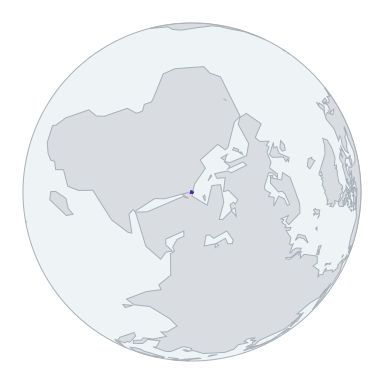 Al Isma`iliyah on an orthographic globe, rotated 103°
{"feature_id": "EGY-1531", "entity_name": "Al Isma`iliyah", "entity_type": "Governorate", "adm_level": 1, "iso_a3": "EGY", "parent_name": "Egypt", "parent_adm1": "", "projection": "orthographic", "projection_center": [32.173, 30.661], "detail": "fine", "context": "on_globe", "style": "filled", "palette": "violet", "viewbox_px": 384, "rotation_deg": 103, "n_neighbors": 0, "source": "natural_earth", "source_scale": "10m", "svg_char_len": 10427}
<svg xmlns="http://www.w3.org/2000/svg" viewBox="0 0 384 384"><g transform="rotate(103 192 192)"><circle cx="192" cy="192" r="169" fill="#eef3f6" stroke="#a8b0b8"/><path d="M175.5,23.9L191.0,23.1L197.4,23.1L197.8,23.1L196.0,23.2L201.4,23.3L209.4,23.9L213.5,24.4L213.4,24.5L217.0,25.0L216.3,25.2L208.7,24.5L208.1,24.7L213.5,25.4L216.1,26.3L208.4,25.2L212.2,26.8L200.2,27.1L180.1,26.0L173.0,27.9L151.2,32.1L152.7,32.5L145.5,35.0L144.6,36.5L140.8,37.3L143.4,38.0L147.1,37.0L149.4,37.1L149.3,38.1L144.4,39.1L143.7,38.7L142.2,39.6L139.8,39.7L140.9,40.2L135.0,41.6L140.5,41.8L135.6,44.2L131.8,44.7L132.6,42.6L125.9,40.1L122.3,40.8L116.3,43.5L104.1,52.4L99.9,54.3L93.9,58.4L96.0,58.0L101.4,54.8L103.8,55.5L110.1,51.9L112.0,51.9L118.4,49.4L116.9,52.2L112.0,56.3L106.6,58.6L104.3,60.7L109.0,60.7L98.6,67.7L91.0,77.4L88.4,79.2L84.0,78.1L85.1,72.1L79.5,72.5L82.5,74.8L75.9,80.1L74.6,82.3L74.6,83.8L76.9,82.9L74.5,85.5L70.6,83.7L72.7,81.3L73.9,81.7L74.4,79.1L71.7,78.8L68.5,81.9L67.8,79.3L65.5,81.7L64.1,82.8L67.8,79.0L61.2,85.9L60.0,86.5L68.0,77.2L76.7,68.5L85.9,60.5L95.7,53.1L106.1,46.5L116.8,40.7L128.0,35.6L139.5,31.4L151.3,28.0L163.3,25.5L175.5,23.9ZM27.0,155.6L26.4,159.0L26.1,160.1L24.0,177.9L24.6,191.1L24.7,199.4L24.3,202.1L25.2,206.4L25.3,209.0L31.4,225.7L36.7,238.8L38.0,247.6L36.5,252.4L42.0,269.5L41.5,268.7L36.1,257.0L31.5,244.9L28.0,232.5L25.3,219.8L23.7,207.0L23.1,194.1L23.4,181.2L24.7,168.3L27.0,155.6ZM217.7,25.1L218.8,25.3L220.2,25.5L217.7,25.1ZM118.8,48.2L118.6,48.8L117.5,48.9L118.8,48.2ZM121.7,46.6L120.6,46.3L121.9,45.6L122.5,45.8L121.7,46.6ZM220.4,26.2L222.2,26.8L219.0,26.0L220.4,26.2ZM122.8,47.2L124.2,44.3L126.4,43.0L130.7,42.8L122.8,47.2ZM222.5,27.1L227.1,29.2L230.1,29.5L224.3,30.2L222.3,27.9L217.8,26.7L221.4,27.3L222.5,27.1ZM148.3,36.3L144.4,37.4L147.8,35.7L148.3,36.3ZM149.9,35.3L157.0,30.8L162.6,30.0L159.1,31.5L166.6,30.2L165.8,31.9L161.6,33.1L158.1,33.2L160.5,33.9L149.9,35.3ZM220.4,30.5L220.4,31.0L218.9,30.3L220.4,30.5ZM150.6,37.0L151.5,36.0L156.5,35.3L155.6,37.1L154.3,36.7L150.6,37.0ZM168.9,29.1L172.4,29.0L172.8,30.4L174.2,30.6L166.3,32.0L168.9,29.1ZM153.1,37.4L155.0,38.1L152.5,39.5L150.1,38.0L153.1,37.4ZM158.2,34.3L160.5,34.1L158.9,34.8L158.2,34.3ZM144.7,45.1L145.7,43.6L148.3,43.1L144.7,45.1ZM155.8,38.3L156.7,37.9L157.9,37.6L158.6,38.3L155.8,38.3ZM167.1,33.0L166.5,33.7L170.4,32.5L170.8,33.7L165.5,34.5L168.0,34.6L168.1,35.0L163.6,35.3L167.1,33.0ZM162.8,38.3L156.1,40.1L153.7,42.7L151.3,43.3L155.6,38.9L162.8,38.3ZM163.7,36.4L162.6,37.6L160.1,37.5L159.3,36.7L163.7,36.4ZM173.0,34.3L173.7,32.2L174.9,32.2L173.0,34.3ZM162.6,39.0L164.2,38.6L162.7,39.2L162.6,39.0ZM170.4,35.7L170.5,34.9L171.8,34.9L170.4,35.7ZM167.3,38.5L165.2,39.0L164.6,38.4L167.3,38.5ZM169.1,37.2L170.9,37.4L165.6,37.8L168.9,36.9L169.1,37.2ZM171.6,35.8L172.4,35.5L171.4,36.1L171.6,35.8ZM170.9,40.9L164.4,41.7L163.1,40.1L169.5,39.6L170.9,40.9ZM75.7,236.3L67.2,208.8L72.1,201.3L73.4,190.1L107.4,162.1L114.1,166.4L140.2,167.0L143.4,169.0L139.8,177.7L159.0,191.2L165.8,184.3L183.8,191.3L196.0,191.1L201.4,174.2L181.3,174.1L178.4,165.8L194.9,158.7L212.6,159.3L212.0,156.1L201.3,149.3L205.9,143.3L197.7,146.5L200.7,149.7L195.6,152.0L192.6,149.2L194.3,147.1L189.1,145.6L182.2,156.9L184.5,161.4L170.6,162.9L173.1,170.7L169.1,174.1L163.5,162.2L164.4,158.0L153.5,144.8L151.3,149.2L161.4,162.2L158.1,161.0L155.1,167.8L154.7,161.6L144.3,147.0L132.0,147.7L115.6,162.3L108.6,162.0L103.2,156.8L110.0,140.0L124.8,142.6L127.5,137.4L125.2,128.4L129.9,130.2L130.8,127.1L136.5,127.9L145.2,121.7L151.1,121.9L155.2,112.8L158.8,111.9L155.3,117.4L156.0,121.6L170.7,122.7L173.8,121.0L175.3,115.2L179.1,116.5L178.7,110.8L187.5,109.1L176.4,106.6L177.9,100.5L183.6,96.2L182.1,93.9L172.9,101.0L171.0,104.4L172.5,107.8L165.6,117.5L160.4,118.7L160.1,107.4L152.7,108.1L155.7,99.7L178.9,84.6L188.2,82.1L202.0,90.4L199.4,94.1L193.2,92.8L198.3,99.4L198.2,96.2L201.4,97.6L203.6,92.6L206.0,93.4L204.1,87.6L207.2,88.0L208.4,91.6L214.4,85.4L221.1,85.2L221.3,83.5L219.7,81.7L229.4,83.1L229.1,81.8L225.8,80.7L223.1,77.6L222.2,72.9L225.6,73.6L226.4,75.4L233.2,80.6L234.8,85.8L236.1,85.6L235.5,81.4L227.2,74.9L225.7,71.9L230.0,74.4L228.3,73.2L228.6,72.0L232.1,71.6L227.5,68.7L226.3,55.6L232.9,54.0L236.9,57.4L239.6,50.6L246.9,50.3L243.9,49.2L243.1,45.9L240.8,45.9L239.3,45.1L236.3,37.8L238.3,37.0L233.6,33.5L232.0,33.1L230.3,33.4L224.3,30.2L230.1,29.5L233.3,30.3L234.7,29.7L241.9,32.1L248.6,34.1L255.7,37.7L260.3,39.4L260.3,39.0L266.6,41.3L279.5,48.2L269.0,44.2L249.6,36.3L257.5,39.4L255.7,39.3L258.5,41.0L264.1,43.4L264.8,43.2L273.7,52.2L287.1,62.2L286.2,58.8L289.7,59.7L304.2,70.5L321.3,92.9L326.2,96.2L329.3,100.0L331.0,104.6L326.7,99.1L324.8,99.3L322.1,95.8L323.5,102.0L319.6,97.4L322.6,104.9L325.9,107.5L326.1,103.4L330.4,112.5L335.8,116.0L340.9,123.9L346.8,144.4L346.2,154.8L347.1,157.9L344.5,157.1L344.6,165.6L352.2,176.9L353.2,181.6L351.7,195.2L351.1,191.9L344.3,189.8L345.6,201.8L350.8,206.2L352.7,215.3L349.8,215.5L347.6,207.8L345.1,206.8L344.0,196.7L338.5,184.5L335.4,190.7L333.9,184.8L325.9,176.4L320.5,185.0L313.0,207.5L314.9,222.9L311.1,231.8L299.3,214.1L294.1,200.1L289.8,203.4L277.8,194.0L256.9,199.1L253.9,195.6L250.0,198.4L241.5,195.9L237.0,189.9L231.9,191.2L243.8,207.0L249.4,205.6L254.0,197.8L256.3,203.7L264.5,207.4L255.3,224.7L224.3,242.6L221.4,231.2L198.4,199.6L199.1,195.8L199.1,195.3L198.8,194.6L196.6,200.8L192.6,194.4L204.8,217.2L206.8,226.9L223.9,243.4L222.3,245.4L227.8,248.4L245.6,241.4L245.7,245.3L237.2,264.1L212.6,289.1L216.0,302.9L214.4,314.3L199.2,322.2L200.8,329.9L193.1,332.7L192.7,336.8L186.7,340.9L176.4,344.2L158.7,342.8L157.3,339.5L148.1,331.6L135.2,311.0L139.5,302.2L137.8,294.2L125.0,273.9L127.8,263.8L124.4,258.5L117.4,258.2L113.5,251.9L109.3,250.7L83.4,246.6L75.7,236.3ZM95.2,179.0L94.1,182.2L94.1,182.3L95.2,179.0ZM231.2,168.6L241.9,167.9L237.2,157.8L241.0,156.8L238.0,154.0L236.9,157.1L229.7,149.1L234.4,145.4L233.2,141.0L229.5,141.1L222.1,149.3L232.3,160.5L229.8,165.2L231.2,168.6ZM26.4,159.2L25.9,161.9L26.1,160.4L26.4,159.2ZM33.9,132.7L33.0,135.5L33.4,133.9L33.9,132.7ZM35.6,128.2L34.6,130.7L34.8,130.2L35.6,128.2ZM76.2,80.2L76.4,80.5L75.9,82.3L75.0,82.2L76.2,80.2ZM80.4,87.1L76.4,91.2L78.6,88.0L76.6,88.4L78.8,82.6L87.2,79.9L83.0,82.0L80.4,87.1ZM84.0,74.6L81.7,78.2L83.9,74.4L84.0,74.6ZM130.2,110.6L131.9,113.1L129.3,116.3L121.9,117.2L125.5,112.4L130.2,110.6ZM134.8,115.9L136.6,105.2L141.3,104.6L138.4,106.6L141.3,107.3L137.4,110.9L140.1,121.3L138.0,124.9L125.4,123.9L130.7,122.1L128.7,119.6L134.8,115.9ZM133.0,82.8L133.8,79.3L142.9,82.4L141.1,85.4L133.5,86.2L131.3,83.1L133.0,82.8ZM130.2,47.9L129.9,47.1L131.2,46.7L132.6,47.1L130.2,47.9ZM144.9,44.5L132.7,51.3L131.8,50.6L125.8,56.0L121.0,56.4L125.1,52.8L116.9,57.5L118.6,54.4L113.3,57.9L122.9,49.8L124.2,47.6L124.6,49.8L128.9,49.4L131.2,48.6L138.5,44.7L143.4,40.3L148.5,39.5L150.8,40.2L150.4,41.1L147.2,41.2L149.0,42.5L144.1,43.4L144.9,44.5ZM174.9,54.4L171.4,53.1L174.1,57.7L169.2,57.8L169.8,58.3L166.1,59.8L162.6,62.7L160.4,62.4L160.0,63.7L157.5,64.8L156.2,66.6L151.9,66.7L149.9,68.9L149.0,67.8L146.8,71.7L146.5,68.9L143.2,70.4L145.2,72.3L125.3,70.9L117.1,73.1L110.4,76.7L110.9,72.0L117.4,65.9L126.6,60.3L134.4,59.1L133.2,57.4L136.6,56.4L136.1,58.2L138.9,55.0L141.5,54.7L149.7,51.0L152.0,47.1L155.1,45.8L155.5,47.2L158.3,45.1L161.2,47.0L163.5,46.2L168.6,47.6L168.2,51.1L170.7,50.0L174.8,51.2L174.9,54.4ZM172.2,41.4L172.8,45.0L170.4,47.1L162.4,44.0L160.0,44.4L154.8,42.9L158.4,40.1L159.5,40.7L161.5,40.7L159.6,41.6L162.5,40.9L164.2,41.9L167.0,41.7L166.4,42.9L172.2,41.4ZM147.4,166.1L149.9,166.8L154.0,166.9L152.2,171.4L147.4,166.1ZM140.1,156.2L142.4,155.9L141.9,161.9L139.3,161.3L140.1,156.2ZM144.2,151.0L142.6,155.5L141.9,152.7L144.2,151.0ZM157.5,117.0L160.1,116.6L160.2,117.9L158.6,119.9L157.5,117.0ZM182.0,69.5L180.3,68.0L181.2,67.4L180.8,63.4L184.4,63.2L186.0,65.6L182.0,69.5ZM197.8,177.2L194.0,180.5L192.2,178.9L193.9,178.1L197.8,177.2ZM171.8,176.4L177.5,178.8L171.2,177.6L171.8,176.4ZM185.8,68.6L185.2,66.9L187.4,67.9L185.8,68.6ZM187.0,62.9L189.6,63.7L184.7,62.7L187.0,62.9ZM258.8,346.7L259.4,346.7L257.0,347.7L258.8,346.7ZM243.2,309.1L231.5,328.8L223.5,329.8L222.1,324.9L226.5,313.4L235.8,309.0L240.4,302.9L243.2,309.1ZM358.1,222.8L358.5,220.9L358.1,222.8ZM358.1,222.8L354.5,232.1L352.6,234.1L353.5,230.7L356.6,225.3L358.1,222.8ZM353.3,231.0L349.8,229.6L342.0,216.9L344.9,214.5L352.4,218.8L352.0,221.5L354.1,223.6L353.3,231.0ZM360.1,204.2L359.6,211.2L358.0,215.9L357.1,217.3L356.5,210.7L356.8,205.6L357.8,203.7L359.1,182.0L360.0,182.8L360.1,191.1L360.7,194.5L360.1,204.2ZM315.7,224.0L319.6,231.2L317.2,234.0L315.7,224.0ZM357.9,169.0L358.5,178.3L357.5,167.3L357.9,169.0ZM356.3,159.7L357.1,162.6L356.2,160.9L356.3,159.7ZM348.7,162.2L347.8,165.0L347.0,162.8L347.6,158.1L348.7,162.2ZM344.7,130.8L347.7,137.1L348.6,139.6L346.8,136.8L344.7,130.8ZM215.6,67.4L212.2,73.0L212.2,77.5L215.9,80.5L209.2,78.9L209.3,71.9L215.6,67.4ZM224.6,56.8L221.3,54.6L223.7,54.3L224.7,54.8L224.6,56.8ZM222.0,56.4L216.3,56.2L215.1,54.1L219.8,54.7L222.0,56.4ZM201.0,61.7L199.8,63.3L198.1,62.4L201.0,61.7ZM360.1,208.8L360.5,204.2L360.8,195.1L360.9,190.6L360.9,187.3L360.9,189.2L360.9,194.4L360.9,197.4L360.9,196.3L360.1,208.8ZM359.5,169.8L359.9,173.0L359.3,170.1L359.6,174.2L358.2,162.6L359.1,167.2L359.5,169.8ZM358.2,163.4L358.5,167.2L357.6,160.9L358.2,163.4ZM358.2,165.9L357.3,162.5L357.5,161.4L358.2,165.9ZM358.1,162.5L356.7,156.0L357.5,158.8L358.1,162.5ZM355.1,155.0L356.8,157.7L356.0,159.4L352.2,147.9L352.2,145.8L355.1,155.0ZM331.6,99.8L329.5,97.3L328.5,95.0L330.3,97.4L331.6,99.8ZM323.3,86.5L327.6,93.6L330.6,100.0L331.4,100.2L335.2,106.2L332.1,103.1L327.4,95.0L325.7,91.2L322.1,86.7L318.8,82.0L314.3,77.6L311.7,74.7L315.3,77.7L323.3,86.5ZM312.4,75.9L303.3,67.8L303.0,66.1L304.9,67.5L309.2,71.8L309.1,72.4L312.4,75.9ZM301.1,65.5L300.9,66.1L287.2,58.3L284.2,56.3L294.5,60.7L294.8,61.7L298.3,64.1L301.1,65.5ZM222.2,31.2L220.5,31.0L221.5,30.8L222.2,31.2ZM238.1,45.2L236.2,44.2L237.4,43.8L238.1,45.2ZM231.6,41.3L231.5,42.6L230.2,41.0L231.6,41.3ZM231.6,45.5L230.8,42.9L233.6,45.8L231.6,45.5Z" fill="#d9dde1" stroke="#a8b0b8" stroke-width="1"/><path d="M191.9,190.8L191.9,190.7L192.1,190.7L192.3,190.7L193.1,191.1L193.2,192.1L193.2,192.4L193.2,192.5L193.5,192.8L193.6,193.2L193.1,193.2L192.9,193.2L192.8,193.3L192.7,193.3L192.4,193.3L192.2,193.2L191.3,193.3L191.2,192.9L191.1,192.6L191.0,192.4L191.3,192.3L191.5,192.3L191.6,192.2L191.8,192.0L191.9,191.8L191.9,191.6L191.9,191.4L192.0,191.2L192.0,190.9L191.9,190.8L191.9,190.8Z" fill="#8b5cf6" stroke="#5b21b6" stroke-width="1.5"/></g></svg>